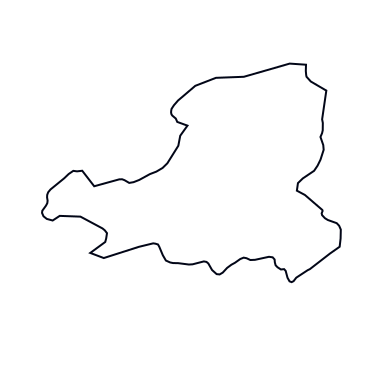 an SVG outline of Schwyz, rotated 349°
{"feature_id": "CHE-173", "entity_name": "Schwyz", "entity_type": "Canton", "adm_level": 1, "iso_a3": "CHE", "parent_name": "Switzerland", "parent_adm1": "", "projection": "equal_earth", "projection_center": [8.712, 47.055], "detail": "fine", "context": "isolated", "style": "outline", "palette": "ink", "viewbox_px": 384, "rotation_deg": 349, "n_neighbors": 0, "source": "natural_earth", "source_scale": "10m", "svg_char_len": 1680}
<svg xmlns="http://www.w3.org/2000/svg" viewBox="0 0 384 384"><g transform="rotate(349 192 192)"><path d="M178.8,263.1L175.1,262.6L164.5,259.1L160.0,258.2L157.1,257.0L153.3,254.3L151.3,248.5L149.4,239.4L148.6,237.0L146.1,235.7L144.1,235.0L129.3,235.7L92.8,240.0L80.5,232.4L97.3,224.5L98.9,221.2L100.7,216.2L99.1,213.0L97.2,210.7L77.8,194.9L57.6,190.2L49.8,193.4L44.3,190.7L41.6,187.5L40.8,183.9L41.5,181.8L46.0,177.6L47.8,175.4L48.6,173.0L48.7,169.7L49.3,167.2L50.8,164.8L53.6,162.5L69.1,154.2L74.4,150.8L79.5,148.6L83.1,149.8L88.3,150.2L97.1,167.7L123.1,165.7L125.9,166.2L128.0,167.5L132.1,171.1L136.5,171.2L142.5,170.1L154.1,166.4L160.9,165.2L167.7,162.8L173.3,159.1L187.4,144.0L191.2,134.5L200.2,126.0L190.9,120.4L190.1,116.8L187.3,113.3L186.7,112.0L186.6,110.2L187.0,108.5L187.8,106.5L190.8,103.4L195.8,99.5L215.5,88.4L237.3,84.5L264.9,88.8L312.4,84.6L328.2,88.8L326.8,95.0L326.4,99.0L326.4,100.7L329.7,106.2L343.2,118.1L333.6,145.5L333.6,149.2L332.1,156.4L330.9,159.1L328.6,162.5L329.8,171.0L329.3,175.7L324.3,184.8L320.3,190.1L315.9,194.5L303.4,199.8L297.7,203.5L295.2,210.7L302.3,216.5L316.5,234.5L316.6,235.5L315.2,237.7L315.3,239.6L317.5,243.1L320.0,245.4L328.1,250.2L330.0,253.2L330.9,257.3L329.0,266.0L326.5,273.9L315.8,278.7L293.0,290.2L290.7,290.8L278.0,296.0L274.7,298.9L272.6,299.5L270.7,298.3L269.4,294.4L268.9,287.3L267.7,285.3L264.5,285.0L261.6,282.2L260.1,279.9L259.9,276.9L260.2,274.0L258.7,271.5L255.2,270.3L240.9,270.6L236.3,269.9L232.9,267.4L230.2,266.3L226.6,267.0L220.6,269.7L216.8,270.9L212.0,273.2L206.8,277.0L203.4,278.2L200.5,277.3L196.8,272.4L194.4,265.3L192.9,263.4L190.4,262.4L178.8,263.1Z" fill="none" stroke="#020617" stroke-width="2"/></g></svg>